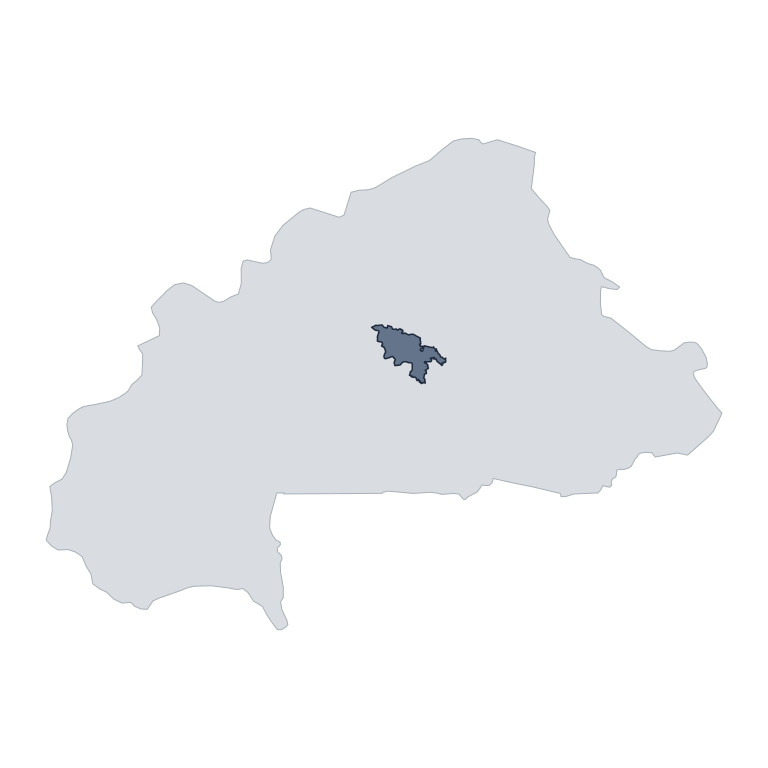 Oubritenga, Oubritenga, Burkina Faso shown in context
{"feature_id": "67063806B42476727458569", "entity_name": "Oubritenga", "entity_type": "district", "adm_level": 2, "iso_a3": "BFA", "parent_name": "Burkina Faso", "parent_adm1": "Oubritenga", "projection": "albers", "projection_center": [-1.222, 12.597], "detail": "fine", "context": "in_parent", "style": "filled", "palette": "slate", "viewbox_px": 768, "rotation_deg": 0, "n_neighbors": 0, "source": "geoboundaries", "source_scale": "gbopen_adm2", "svg_char_len": 8961}
<svg xmlns="http://www.w3.org/2000/svg" viewBox="0 0 768 768"><path d="M595.8,493.0L573.8,494.0L565.8,496.5L561.0,496.6L560.8,494.6L560.2,493.4L532.4,486.8L512.9,482.9L493.2,478.5L492.1,482.7L489.3,485.4L485.0,485.6L482.1,484.9L480.1,488.1L476.8,492.4L472.3,494.5L467.8,497.1L465.3,499.4L463.5,499.4L458.9,494.0L452.9,493.5L441.7,494.4L436.7,493.0L429.8,492.3L413.5,493.4L387.5,491.1L383.3,492.3L382.2,493.3L356.4,493.5L328.1,493.7L304.4,493.8L283.7,493.9L283.7,493.0L277.0,492.9L276.3,494.7L270.3,516.3L269.6,528.1L272.6,535.5L276.1,540.1L280.1,542.1L280.4,544.7L277.3,548.1L277.5,551.6L281.2,555.2L282.1,559.0L280.2,562.9L280.6,572.5L283.3,587.6L283.3,597.3L280.6,601.8L281.8,609.4L286.9,620.2L287.8,624.8L285.9,626.9L281.6,629.7L277.3,629.6L272.4,623.0L270.2,620.1L266.1,613.4L262.7,606.8L258.1,603.8L253.6,601.1L248.0,592.6L242.7,588.5L237.0,589.6L228.7,588.0L212.0,585.8L194.0,586.2L186.6,588.1L179.2,591.1L160.4,597.6L153.0,600.9L147.3,609.3L140.9,609.0L134.6,606.2L130.7,602.3L122.1,603.1L114.0,599.2L106.1,591.8L100.3,589.3L92.9,583.9L90.9,573.7L86.3,566.5L82.1,556.6L75.7,552.1L68.3,549.6L58.0,550.0L51.3,545.9L46.1,540.0L47.6,535.1L50.1,528.0L50.5,521.2L52.3,510.1L51.5,496.2L49.8,486.5L55.5,482.5L62.1,479.0L66.3,472.5L70.7,457.8L72.7,445.1L71.5,440.3L69.4,436.5L67.7,431.0L66.9,424.3L68.1,418.4L73.1,413.1L79.4,408.6L83.8,406.5L95.5,404.4L110.1,401.3L118.6,397.5L124.7,393.8L128.2,390.8L131.8,384.6L137.4,379.9L141.9,375.1L142.6,361.6L142.7,353.9L139.5,349.6L137.8,345.9L159.4,335.6L159.7,328.1L156.8,319.8L152.7,313.0L151.2,307.2L157.2,300.5L162.5,295.4L166.4,291.1L174.9,284.6L183.7,282.9L191.7,285.5L215.0,301.3L219.1,302.4L224.0,301.2L230.2,297.2L238.3,294.0L241.3,283.6L241.2,268.2L243.1,261.2L247.3,259.9L260.8,263.0L264.3,263.2L268.2,262.2L271.1,259.5L271.0,254.6L270.4,250.2L274.9,236.0L283.0,225.3L299.3,212.0L304.3,209.4L310.2,208.0L339.2,217.3L344.0,215.1L351.1,192.3L359.0,190.2L368.4,189.8L374.6,187.9L377.7,186.3L391.6,177.7L415.9,165.9L429.0,160.8L431.5,158.9L440.9,150.6L453.3,141.0L461.2,139.0L472.1,138.3L479.0,139.9L480.9,142.6L483.1,144.0L497.4,139.8L517.9,146.2L535.6,152.5L534.4,156.6L534.4,163.7L533.0,175.0L531.3,188.6L538.6,197.3L547.4,206.7L549.8,210.3L547.5,219.6L549.2,225.1L553.9,234.1L561.8,245.6L570.0,257.4L575.7,258.9L581.0,259.8L584.3,261.9L589.0,263.9L593.7,265.2L597.9,267.8L600.5,270.3L604.0,277.6L613.2,282.4L619.6,287.1L617.1,289.5L609.1,288.6L601.6,286.6L600.6,290.1L600.4,303.5L601.7,314.7L603.5,316.2L611.0,318.2L629.1,332.5L645.6,346.1L651.1,349.6L660.1,350.8L670.2,351.3L674.5,350.0L684.2,342.9L689.4,342.1L694.2,342.3L696.8,343.3L701.6,348.9L706.1,357.4L707.4,363.7L707.0,367.0L705.6,368.3L697.6,370.1L694.1,371.4L693.3,373.2L694.5,377.5L696.2,380.2L705.1,392.4L718.0,408.8L721.9,413.0L719.8,418.0L713.5,431.0L708.7,436.5L687.6,455.1L677.1,453.0L655.2,457.0L651.9,452.8L646.7,452.3L640.4,453.1L638.1,454.7L637.4,456.5L635.1,459.1L631.2,466.4L628.0,468.3L624.1,469.4L619.4,469.3L616.6,470.3L616.6,473.9L615.7,477.1L612.5,478.7L611.2,482.2L611.5,485.6L609.6,487.2L605.4,486.4L603.0,485.5L600.7,489.9L597.9,493.0L595.8,493.0Z" fill="#d9dde1" stroke="#a8b0b8" stroke-width="1"/><path d="M425.1,383.0L425.2,382.4L425.1,382.1L425.0,381.9L424.8,381.8L424.8,381.5L424.8,381.0L424.9,380.9L424.7,380.7L424.7,380.2L424.9,379.7L424.8,379.3L424.7,379.1L424.5,378.9L424.4,378.6L424.3,378.3L423.7,377.9L423.6,377.6L423.9,376.7L424.1,376.4L424.2,376.2L424.4,375.1L424.4,374.8L424.3,374.6L424.3,374.2L424.6,373.9L425.4,373.8L425.8,373.6L426.3,373.5L426.4,373.0L426.3,372.5L426.1,372.1L426.1,371.9L426.3,371.5L426.3,371.3L426.1,371.2L425.9,370.7L425.4,370.3L426.3,369.8L427.3,368.8L428.1,368.6L428.3,368.4L428.4,368.0L427.8,366.6L427.5,366.4L427.8,366.1L427.8,365.5L427.9,365.1L427.7,364.9L427.0,364.4L426.7,363.7L426.3,363.3L425.6,363.2L425.2,363.1L424.8,362.9L424.4,362.3L424.6,362.0L424.9,361.7L425.2,361.7L425.4,361.6L425.9,361.6L426.7,361.9L426.9,361.8L427.9,361.8L429.8,361.6L430.2,361.7L430.6,361.6L431.0,361.5L431.3,361.1L431.5,360.7L431.6,360.4L431.5,360.0L431.2,359.4L430.5,358.7L430.5,358.3L430.8,358.2L433.3,357.6L433.3,358.8L433.5,358.7L433.7,358.2L434.1,358.3L434.3,358.1L434.4,358.9L434.5,359.0L434.8,359.1L435.6,359.0L435.9,358.8L436.3,359.2L436.4,359.4L436.5,360.3L436.6,360.8L437.6,361.7L438.0,362.1L438.7,362.8L439.4,363.2L439.6,363.3L440.9,364.5L441.4,365.1L441.8,365.4L442.2,365.2L442.5,364.9L442.1,364.7L441.9,364.2L441.8,363.7L442.1,363.4L442.4,362.9L442.7,362.9L443.2,363.1L443.6,363.1L443.8,363.0L444.0,362.7L444.1,362.4L444.1,362.2L445.2,362.2L445.4,362.2L445.7,361.9L445.7,361.6L445.7,360.3L445.6,359.8L445.7,358.9L445.6,358.3L444.6,358.9L444.3,358.9L444.0,358.8L443.4,358.3L443.0,358.0L442.2,357.3L442.0,357.2L440.8,357.1L440.7,357.0L440.4,356.8L440.3,356.6L440.2,355.8L440.2,355.5L440.1,355.3L439.8,354.9L439.6,354.7L439.3,354.2L438.6,353.7L438.1,353.1L437.8,352.8L437.4,351.3L437.0,351.1L436.8,351.1L436.3,351.2L435.5,350.9L436.2,350.3L436.4,350.0L436.5,349.7L436.4,349.0L435.7,349.1L435.2,349.2L434.1,348.1L433.9,347.7L433.8,347.3L433.6,347.0L433.3,347.3L432.7,347.5L431.9,347.5L430.8,347.3L429.9,347.2L429.5,347.1L429.0,346.9L427.1,346.5L425.3,346.0L424.6,345.9L424.3,345.9L424.0,346.0L423.9,346.3L423.8,347.6L423.6,348.1L423.4,348.2L423.2,348.5L423.1,349.2L423.2,349.4L423.2,349.7L422.9,350.3L422.6,350.7L422.5,351.1L422.0,351.3L421.9,351.3L421.7,351.2L421.4,350.8L421.2,350.8L421.1,350.6L420.8,350.5L421.0,350.4L421.0,350.1L420.9,350.0L420.5,350.0L420.4,349.6L420.6,349.1L420.8,348.8L421.4,348.5L422.1,348.1L422.4,347.9L422.7,347.6L423.0,346.7L422.9,346.6L422.6,346.3L421.9,346.2L420.8,346.4L420.7,346.4L420.3,346.3L420.3,346.1L420.3,345.2L420.2,345.0L419.6,344.3L420.0,344.0L420.5,343.9L420.7,343.5L420.6,343.4L420.6,343.1L420.5,342.8L420.5,342.6L420.6,342.4L420.6,341.9L420.6,341.5L420.6,341.2L420.2,340.5L420.0,339.9L420.3,339.2L420.3,338.9L420.2,338.4L420.3,338.2L420.0,337.8L418.7,337.3L417.4,336.5L416.0,335.9L414.9,335.1L413.8,334.5L413.1,334.3L411.8,334.2L411.1,334.3L409.9,334.6L408.9,334.8L408.5,334.8L407.0,334.1L406.4,333.8L405.1,333.1L404.8,333.1L404.4,333.1L403.0,333.6L402.3,333.5L402.1,333.3L401.8,333.3L401.8,332.8L401.9,332.7L402.0,332.4L402.3,332.1L402.7,331.9L402.8,331.6L402.8,330.6L402.6,330.3L402.1,329.8L401.7,329.7L401.2,329.4L400.9,329.6L400.7,329.5L400.6,329.2L400.2,328.9L399.6,328.9L399.2,329.0L398.8,329.3L397.8,330.1L397.5,330.2L397.2,330.1L396.9,329.6L396.5,329.1L396.4,329.0L394.2,329.3L393.9,329.2L392.6,329.2L392.4,329.0L392.0,327.8L391.7,327.2L391.5,326.8L391.2,326.6L390.2,326.3L388.6,325.9L387.8,325.6L387.3,327.2L387.3,327.6L387.3,327.9L387.2,328.0L384.5,327.5L384.1,327.3L382.4,325.3L381.9,324.9L381.3,325.1L380.9,325.2L379.5,325.2L377.6,325.5L376.8,325.5L376.2,325.3L375.9,325.2L373.7,326.4L373.0,326.7L372.3,327.0L371.8,327.3L372.7,328.2L373.1,328.5L373.5,328.9L374.4,329.5L374.9,329.9L375.7,330.3L376.1,330.4L377.1,330.4L377.6,330.5L378.2,330.7L378.8,331.2L378.9,331.4L379.0,331.7L378.9,332.1L378.3,334.0L377.9,335.0L377.5,336.2L377.5,337.1L377.4,337.1L377.4,337.6L377.6,338.1L377.6,338.3L377.6,338.8L377.5,339.1L377.5,339.6L377.3,340.8L377.6,341.2L378.6,341.6L380.8,341.8L381.4,342.0L381.7,342.3L382.3,343.0L382.6,343.8L382.6,344.2L382.1,344.5L381.9,345.5L381.7,345.6L381.6,345.9L382.1,346.5L382.4,346.5L382.8,346.7L383.0,346.8L383.7,346.9L383.8,347.2L383.8,347.3L383.9,347.5L384.4,348.0L384.7,348.5L384.9,348.9L385.2,349.8L385.2,350.4L385.7,351.9L385.7,352.1L384.7,353.8L384.2,355.0L384.0,356.0L384.0,356.7L384.1,357.3L384.3,357.8L384.7,358.4L385.1,358.6L385.7,358.7L386.1,358.6L389.7,357.5L391.9,356.5L393.0,356.6L393.1,356.9L393.4,357.1L393.5,357.6L393.7,357.9L394.0,358.2L394.9,358.8L395.2,359.1L395.3,359.4L395.3,359.8L394.8,360.7L394.2,362.3L394.2,362.6L394.2,362.9L394.7,365.0L394.8,365.3L395.1,365.6L397.4,365.4L398.7,365.2L400.3,364.8L400.6,364.6L401.8,363.1L402.3,362.6L403.2,362.0L403.9,361.8L405.3,361.7L406.4,361.8L407.3,362.1L408.1,362.6L408.6,362.7L410.2,362.6L410.6,362.7L411.4,363.0L411.8,363.3L412.1,363.7L412.3,364.6L412.3,365.1L412.2,366.4L412.3,368.1L412.3,369.0L412.0,370.3L411.9,370.6L411.6,370.9L411.3,371.1L410.8,371.3L410.3,371.8L410.3,372.3L410.2,373.0L410.2,373.4L410.2,373.6L409.7,374.2L409.6,374.7L409.5,375.2L409.8,375.4L410.1,375.5L410.5,375.8L410.7,376.1L410.8,376.2L411.0,376.2L411.4,375.9L411.8,375.9L412.0,376.3L411.9,376.7L412.0,376.7L412.4,377.1L412.9,377.2L413.3,377.4L413.5,377.3L414.0,376.9L414.3,376.9L414.7,377.0L415.1,377.4L415.4,377.5L415.6,377.7L415.9,377.8L416.2,378.3L416.5,378.4L416.5,378.5L416.4,378.6L416.6,379.1L416.5,379.7L416.8,380.2L417.3,380.6L417.8,380.5L418.0,380.0L418.6,379.6L418.8,379.6L418.9,379.9L419.0,380.6L419.2,380.8L419.7,380.8L419.8,380.9L419.8,381.2L419.6,381.5L419.3,381.6L419.3,381.8L419.6,382.2L419.9,382.2L420.0,382.1L420.2,381.9L420.6,381.8L420.9,382.0L421.0,382.1L420.9,383.2L421.1,383.4L421.4,383.5L421.8,383.4L423.0,382.7L423.0,382.9L423.3,382.8L423.6,382.6L423.9,382.7L424.2,382.6L424.6,382.7L425.1,383.0Z" fill="#64748b" stroke="#1e293b" stroke-width="1.5"/></svg>